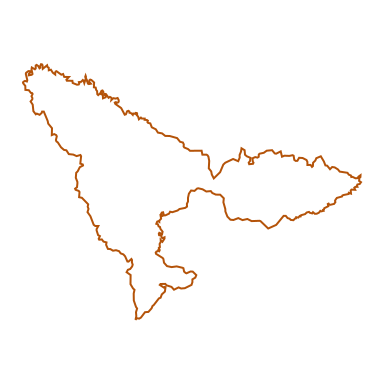 Patos de Minas, Minas Gerais, Brazil (Natural Earth projection)
{"feature_id": "56859067B7361246859240", "entity_name": "Patos de Minas", "entity_type": "district", "adm_level": 2, "iso_a3": "BRA", "parent_name": "Brazil", "parent_adm1": "Minas Gerais", "projection": "natural_earth1", "projection_center": [-46.486, -18.636], "detail": "fine", "context": "isolated", "style": "outline", "palette": "amber", "viewbox_px": 384, "rotation_deg": 0, "n_neighbors": 0, "source": "geoboundaries", "source_scale": "gbopen_adm2", "svg_char_len": 5869}
<svg xmlns="http://www.w3.org/2000/svg" viewBox="0 0 384 384"><path d="M196.3,275.1L192.7,271.6L190.5,271.5L186.5,273.3L185.7,273.0L184.1,271.6L183.4,268.2L182.6,267.8L176.7,266.4L171.6,267.1L167.0,266.1L164.0,262.7L163.4,259.0L162.7,258.0L156.0,253.8L155.7,252.6L156.5,251.5L157.7,251.3L158.3,250.0L159.3,251.0L159.7,250.1L158.9,247.8L159.9,247.1L159.6,244.0L160.8,241.7L160.7,240.0L162.4,241.8L164.5,238.6L164.5,237.3L162.7,238.1L161.6,237.7L161.4,235.6L159.1,235.2L158.8,233.7L159.3,232.8L162.1,234.0L162.6,231.7L160.4,228.8L160.0,227.0L158.6,226.4L157.9,224.3L156.3,223.8L157.2,221.6L158.2,221.2L159.3,221.9L159.3,220.6L161.1,218.7L160.6,215.8L161.6,216.3L162.5,215.9L161.0,214.1L161.8,212.6L163.1,212.3L163.7,214.6L164.5,215.4L165.5,215.3L169.1,213.6L170.1,211.7L172.3,212.2L177.6,210.5L179.5,209.0L185.2,207.9L187.0,206.6L186.9,203.8L188.0,201.5L188.0,197.8L188.9,193.7L191.1,190.5L194.5,190.9L197.2,188.5L198.4,188.3L202.6,189.3L206.3,191.5L210.8,191.1L212.3,193.0L215.8,194.6L220.2,194.7L223.8,198.3L223.4,202.3L225.3,209.0L225.4,211.5L227.4,216.6L230.4,219.7L233.4,220.0L238.3,218.1L242.5,220.1L247.4,219.0L251.6,221.1L259.6,220.8L260.6,221.2L268.2,228.5L276.2,224.9L283.6,215.9L285.8,215.9L287.6,218.1L289.6,218.7L290.7,219.9L293.4,220.2L295.2,218.4L296.0,218.3L296.2,217.2L298.3,217.6L299.7,216.0L300.6,216.4L301.1,215.2L305.1,214.1L306.7,212.5L309.0,211.9L309.9,212.8L312.2,213.4L313.0,212.2L314.8,213.8L316.8,213.7L318.9,212.7L320.3,210.9L321.1,211.4L323.6,210.8L323.1,209.8L324.0,209.3L324.3,208.2L328.3,206.2L327.8,204.0L328.6,203.6L329.3,204.7L330.3,204.8L334.1,203.9L335.4,202.1L335.0,200.9L335.6,199.6L336.9,197.9L342.0,196.5L342.4,195.5L343.6,195.0L348.6,194.0L348.8,192.8L351.0,193.6L350.7,190.5L351.5,189.6L355.2,189.8L354.3,187.7L355.3,186.9L357.4,186.8L356.9,185.7L357.4,184.5L359.7,184.0L361.0,182.2L359.1,180.9L359.4,177.9L360.4,177.1L360.5,175.2L358.4,176.7L357.8,178.1L355.5,178.3L352.4,176.8L351.3,177.0L350.9,175.5L348.7,174.6L347.5,172.8L339.7,171.6L337.9,169.4L334.7,167.4L332.2,167.0L330.0,169.2L327.2,165.7L325.4,165.4L323.9,161.5L320.8,156.3L316.3,158.2L315.3,160.6L313.1,162.7L312.9,166.1L312.0,166.9L310.6,164.9L307.4,165.0L307.4,161.9L306.5,160.0L302.6,158.0L299.1,157.8L297.4,160.8L295.7,160.9L294.3,159.9L293.6,155.7L292.6,155.2L289.4,155.9L284.4,155.7L282.0,156.7L280.7,151.4L276.1,153.7L274.7,153.4L272.1,150.2L266.7,150.7L263.8,152.8L259.6,153.7L258.8,154.5L258.7,156.8L257.5,157.6L255.2,157.1L252.5,158.3L252.8,161.6L253.5,162.7L253.0,163.8L249.2,164.2L248.7,162.7L250.1,160.9L250.4,157.8L246.8,156.3L245.0,154.7L244.6,150.2L241.5,148.3L241.0,151.6L239.6,155.0L239.7,157.6L238.2,161.2L233.1,159.0L225.3,162.7L223.3,164.6L220.1,172.2L213.8,178.4L211.8,174.5L211.2,171.4L208.8,168.4L209.2,160.9L208.4,156.6L207.5,155.3L206.6,154.7L202.4,154.7L201.6,150.7L190.0,150.8L188.1,149.1L184.3,147.5L183.6,146.5L183.8,144.4L182.9,142.5L180.1,141.8L177.1,138.1L169.7,136.0L165.2,135.9L162.1,133.4L157.9,132.6L155.8,129.3L151.8,127.3L150.3,123.4L148.1,122.9L147.4,122.0L147.9,120.7L146.9,120.0L144.6,119.8L144.7,118.6L141.7,118.5L140.9,117.6L138.9,119.3L138.1,116.5L136.8,115.2L137.2,114.0L136.8,113.0L135.6,112.9L135.3,113.9L133.3,113.5L132.8,114.9L131.3,113.3L129.4,112.7L129.4,111.5L128.4,110.8L127.1,111.3L125.9,114.3L124.7,114.7L121.2,108.1L115.3,103.9L114.8,102.6L115.9,102.1L116.8,102.8L117.8,102.6L118.7,101.7L118.7,100.1L117.6,98.0L115.7,98.6L113.3,98.2L111.4,100.0L111.7,98.3L111.0,97.5L109.9,96.9L108.6,97.8L106.0,94.1L104.7,93.8L104.8,95.1L105.8,95.6L105.6,97.3L103.0,98.3L102.8,94.9L101.1,94.2L103.1,92.8L103.3,91.7L102.5,90.5L101.5,90.8L100.4,93.1L98.2,95.1L97.3,94.2L97.1,91.1L96.1,89.8L95.7,87.6L93.9,87.3L94.1,82.5L91.4,80.0L90.2,79.6L89.3,80.4L89.4,82.1L90.9,83.7L88.9,84.1L87.9,83.6L86.7,79.5L85.8,78.3L84.3,83.1L83.5,80.6L82.8,80.0L81.2,81.8L78.9,82.1L79.3,83.5L78.7,84.5L77.0,84.7L72.7,83.0L72.4,80.8L66.8,80.7L66.4,79.7L68.9,77.0L64.2,76.9L63.1,74.0L61.3,74.7L56.5,71.2L55.7,71.5L55.2,72.5L55.2,74.5L52.8,72.7L50.9,69.7L48.8,70.3L48.7,67.7L47.5,67.0L47.1,65.3L42.8,68.8L42.5,65.1L41.9,64.3L41.0,64.2L40.1,66.4L40.3,67.7L39.5,68.3L38.3,66.1L36.6,64.9L35.7,65.5L35.7,68.5L34.9,69.3L31.8,67.5L31.5,69.4L32.5,74.0L31.7,74.8L28.8,75.3L28.8,73.9L30.4,72.3L30.4,71.2L28.4,71.1L26.1,72.8L25.8,73.9L27.3,80.2L26.9,81.5L25.0,80.9L23.9,81.5L23.0,82.3L23.2,83.3L25.3,85.9L25.4,89.9L28.8,90.2L30.9,92.9L32.1,93.1L32.6,94.0L31.5,96.2L32.4,98.1L32.3,99.3L30.6,101.5L32.7,104.6L33.4,111.2L35.8,114.3L36.8,113.6L39.6,114.8L41.7,112.9L42.1,111.6L43.8,111.6L47.7,121.0L48.2,123.6L52.0,128.2L51.8,135.1L54.2,134.1L56.2,135.1L56.8,136.3L55.9,140.0L56.4,141.4L57.8,142.4L61.0,147.3L64.0,149.9L66.4,150.3L68.8,154.1L73.3,154.6L76.6,156.1L80.4,155.0L81.1,156.2L80.3,163.6L82.8,164.5L83.0,165.5L79.8,167.2L77.7,171.3L76.2,172.8L75.8,177.8L77.4,181.9L77.4,183.5L77.0,187.2L75.1,188.7L75.6,189.8L78.7,190.9L79.5,192.0L79.1,197.2L81.9,197.8L88.2,204.3L87.7,206.7L88.5,208.9L87.5,212.1L90.4,216.2L93.7,224.8L95.3,226.0L98.3,226.0L96.6,229.1L96.6,230.4L98.1,235.1L99.9,236.1L98.7,238.8L99.2,239.7L101.8,239.4L103.5,241.6L106.5,242.4L106.1,244.8L107.9,248.9L110.4,249.1L113.0,250.7L116.0,250.2L119.1,251.2L120.7,253.4L123.4,254.4L125.1,256.3L127.4,261.5L128.5,261.6L131.4,259.0L132.0,260.0L131.9,262.3L132.7,264.7L132.1,266.5L130.2,269.0L127.9,269.8L126.6,272.2L130.6,275.0L130.5,284.2L133.0,288.4L134.5,289.8L133.7,293.5L133.8,300.5L136.0,306.9L137.1,308.5L136.0,312.2L136.3,316.2L135.5,319.8L136.9,318.2L139.2,318.6L140.9,317.6L145.0,312.2L148.4,311.9L151.6,308.3L152.5,306.0L153.7,305.1L158.9,298.4L160.6,297.7L161.8,294.4L164.9,291.6L165.5,287.2L164.7,286.9L163.9,287.6L159.8,284.9L160.5,284.0L165.3,283.9L166.5,285.3L171.5,286.9L174.0,289.7L178.6,287.4L181.1,288.5L184.8,288.2L191.5,284.9L192.4,282.2L192.4,279.4L195.3,277.6L196.3,275.1ZM85.8,78.3L86.0,76.9L85.6,75.7L85.2,76.9L85.8,78.3Z" fill="none" stroke="#b45309" stroke-width="2"/></svg>